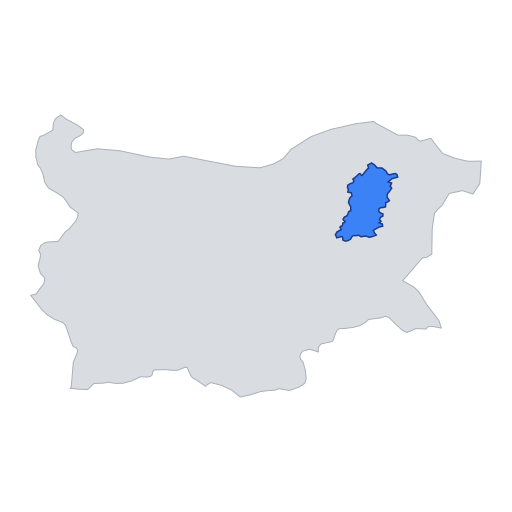 Shumen highlighted on a map of Bulgaria
{"feature_id": "BGR-2258", "entity_name": "Shumen", "entity_type": "Province", "adm_level": 1, "iso_a3": "BGR", "parent_name": "Bulgaria", "parent_adm1": "", "projection": "equal_earth", "projection_center": [26.96, 43.305], "detail": "fine", "context": "in_parent", "style": "filled", "palette": "blue", "viewbox_px": 512, "rotation_deg": 0, "n_neighbors": 0, "source": "natural_earth", "source_scale": "10m", "svg_char_len": 3582}
<svg xmlns="http://www.w3.org/2000/svg" viewBox="0 0 512 512"><path d="M441.3,328.0L431.5,326.3L428.0,326.8L425.8,329.1L421.3,328.7L415.6,328.7L409.8,331.4L406.5,332.5L402.1,330.1L394.0,322.6L389.1,317.5L385.4,316.2L381.7,317.7L368.5,319.5L365.4,322.5L359.3,325.8L353.2,327.4L344.4,328.5L339.8,328.4L337.2,330.0L335.0,334.8L333.5,339.6L332.2,341.5L321.2,343.9L318.8,346.6L318.1,349.3L318.4,351.9L309.6,349.3L302.8,351.1L301.2,353.1L299.8,356.1L300.6,359.2L303.1,362.2L305.4,370.5L306.2,378.8L304.7,383.4L299.7,386.8L289.3,390.5L279.2,388.7L274.7,390.2L267.3,390.7L260.4,391.6L249.8,395.0L240.2,397.0L231.7,390.1L221.6,385.4L210.9,382.6L207.2,384.7L205.6,386.3L196.7,380.2L192.7,378.0L190.8,375.7L187.2,367.5L185.0,367.3L177.6,370.3L170.5,370.2L166.2,369.6L153.5,370.0L151.8,375.5L150.2,376.4L147.4,377.1L140.7,376.7L132.0,380.8L122.7,383.3L115.5,383.4L108.0,382.2L103.5,383.1L93.9,383.5L87.7,389.5L78.2,389.2L70.2,388.2L71.3,386.3L73.3,362.5L77.5,351.9L77.4,349.7L76.6,348.1L73.1,346.4L70.7,340.7L65.7,325.6L62.9,322.6L54.7,319.4L47.6,315.1L41.6,309.4L30.7,295.3L36.4,293.9L38.2,291.0L44.0,283.3L44.7,279.5L44.2,277.3L40.5,273.6L38.1,265.5L40.2,258.0L40.5,254.1L38.7,250.2L40.8,245.4L44.9,242.8L47.4,242.0L58.1,241.5L65.1,232.0L69.2,228.9L73.6,223.5L75.5,221.5L77.5,217.3L78.2,213.0L69.9,206.9L67.1,202.4L63.5,197.4L58.5,193.9L48.4,188.0L44.6,182.0L43.0,174.2L40.4,168.3L37.5,164.4L37.0,161.3L35.9,157.5L35.8,149.9L38.4,139.9L40.1,136.4L43.5,135.4L52.8,130.1L53.4,123.3L55.2,119.0L58.2,116.6L60.9,115.0L65.8,118.9L77.8,125.3L83.7,129.8L83.3,132.7L80.5,135.5L75.1,138.3L71.9,141.9L71.0,146.5L71.7,149.7L75.4,152.5L97.3,148.8L119.5,150.7L149.2,157.0L168.9,159.1L183.6,156.2L210.6,161.5L235.7,166.3L259.9,167.8L273.5,164.0L283.0,158.8L291.3,149.1L311.5,136.4L331.1,129.3L356.8,123.5L373.9,121.5L376.3,123.5L398.1,135.2L407.8,135.2L415.6,137.3L418.5,140.4L420.5,141.2L430.9,138.3L435.6,144.7L442.9,153.6L455.2,158.3L466.2,160.9L469.7,161.3L481.3,161.1L479.8,183.6L472.9,194.1L462.4,190.6L449.1,193.5L442.1,205.4L438.1,209.0L434.5,213.1L432.2,228.7L431.8,254.2L426.7,257.3L422.1,258.2L402.7,280.7L413.9,287.1L418.9,291.9L427.2,305.3L438.9,320.5L441.3,328.0Z" fill="#d9dde1" stroke="#a8b0b8" stroke-width="1"/><path d="M336.8,237.8L335.4,234.6L337.0,231.9L338.2,231.4L339.2,230.4L341.0,230.0L340.9,228.4L339.9,227.1L340.8,226.2L342.1,226.0L342.7,224.4L342.9,223.0L344.5,222.6L345.1,221.3L343.7,220.5L343.0,219.2L344.5,216.9L346.8,216.0L347.8,214.2L348.6,211.8L349.7,211.0L350.7,211.0L350.8,206.9L348.5,202.7L348.9,200.5L349.6,198.4L350.6,197.0L352.0,196.1L351.3,192.8L347.8,192.1L348.4,189.4L347.4,187.5L347.8,185.2L350.3,183.6L352.9,182.8L354.0,181.0L352.8,179.1L354.6,177.8L356.8,176.0L358.6,174.1L359.3,173.7L360.2,173.7L361.0,174.9L362.1,175.5L366.8,169.6L368.6,168.1L367.7,165.1L371.5,163.0L374.4,164.8L377.2,167.9L382.0,168.0L386.0,171.1L387.5,173.9L389.6,174.9L392.4,174.0L395.3,173.5L397.0,174.5L397.7,177.1L392.0,178.7L388.1,181.9L391.6,183.0L390.8,185.1L390.0,186.2L390.8,186.9L391.7,188.2L389.2,191.8L387.8,193.3L387.1,195.1L387.2,197.4L388.4,199.1L389.4,200.7L387.6,202.0L385.7,202.7L385.7,205.1L385.5,206.9L383.1,207.5L380.6,207.7L378.9,208.9L378.7,211.2L380.6,213.0L382.9,213.9L382.9,216.1L380.6,217.3L379.4,219.3L381.0,221.2L379.0,222.8L382.3,223.9L382.7,226.2L379.3,227.0L375.0,229.3L373.3,230.5L374.4,232.8L376.3,235.0L372.9,236.4L369.4,237.3L366.3,236.2L363.5,236.3L361.1,236.8L358.8,235.3L354.8,235.7L353.3,235.6L352.1,236.4L350.5,239.2L348.1,240.6L345.3,241.1L342.8,240.0L342.8,237.9L342.1,236.5L336.8,237.8Z" fill="#3b82f6" stroke="#1e3a8a" stroke-width="1.5"/></svg>